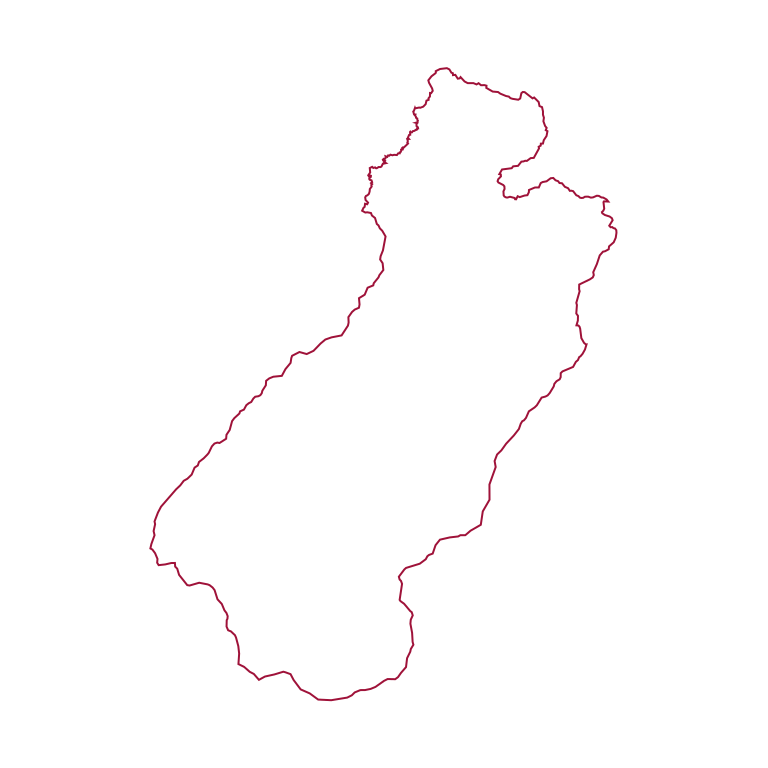 Menkhoaneng, Leribe, Lesotho, rotated 95°
{"feature_id": "5366337B76816657583233", "entity_name": "Menkhoaneng", "entity_type": "district", "adm_level": 2, "iso_a3": "LSO", "parent_name": "Lesotho", "parent_adm1": "Leribe", "projection": "mercator", "projection_center": [28.291, -28.899], "detail": "fine", "context": "isolated", "style": "outline", "palette": "rose", "viewbox_px": 768, "rotation_deg": 95, "n_neighbors": 0, "source": "geoboundaries", "source_scale": "gbopen_adm2", "svg_char_len": 6114}
<svg xmlns="http://www.w3.org/2000/svg" viewBox="0 0 768 768"><g transform="rotate(95 384 384)"><path d="M540.9,600.6L543.6,599.8L550.6,600.7L554.6,599.4L563.7,601.8L568.2,602.4L569.1,600.3L572.5,597.3L578.0,594.4L581.8,594.4L584.1,592.7L582.8,586.2L580.9,580.4L580.5,576.7L584.1,576.1L586.0,573.9L592.0,571.5L601.5,562.5L601.7,560.1L598.1,550.8L599.0,542.2L599.6,540.2L601.7,537.0L604.1,534.8L613.0,531.1L617.3,526.4L623.4,523.2L625.8,521.0L628.9,519.5L631.5,519.5L633.0,520.1L639.4,519.7L642.9,517.8L643.8,514.9L647.2,510.6L649.5,509.3L657.8,506.3L665.2,504.8L675.7,504.6L678.0,498.7L682.4,492.7L684.2,488.4L689.6,482.8L685.8,477.1L682.9,467.9L679.4,459.2L679.8,457.0L681.2,451.8L686.8,448.2L695.5,440.4L698.7,431.0L704.1,422.1L703.6,409.0L699.6,393.3L696.9,388.9L693.8,386.3L691.0,380.9L690.6,376.4L688.9,370.7L686.5,366.1L679.8,358.2L677.6,354.7L677.1,347.1L674.8,344.5L670.3,341.9L664.1,337.4L655.1,337.1L648.4,334.5L645.7,334.2L641.2,332.0L638.5,333.0L629.5,334.3L620.5,336.8L616.5,336.8L612.0,335.2L608.9,336.5L607.9,338.1L601.2,344.8L598.9,348.6L597.7,349.6L581.5,348.6L578.7,349.9L577.4,351.4L574.7,352.4L567.0,347.6L565.3,346.0L559.9,332.7L554.9,327.1L551.8,325.8L550.4,324.3L548.7,320.7L540.1,318.6L534.2,314.7L531.1,305.1L529.4,296.8L528.0,294.8L527.5,289.8L522.6,285.0L515.8,275.3L502.3,274.5L490.1,268.8L474.9,270.2L457.0,265.5L451.1,267.1L444.4,265.2L439.9,261.3L432.8,257.1L424.0,250.2L417.1,245.7L411.6,244.3L409.0,243.0L408.0,241.4L405.4,239.6L398.6,237.3L394.2,231.9L391.9,229.9L383.8,225.8L382.4,222.0L381.1,220.0L378.5,218.1L371.6,214.7L369.0,214.3L366.2,212.4L364.0,209.4L361.8,208.6L357.8,208.9L355.9,207.3L350.5,197.1L345.2,194.8L343.3,192.9L340.2,191.9L339.3,190.7L336.6,188.8L332.1,186.8L326.9,185.7L327.0,186.3L325.6,188.3L321.1,191.4L311.8,193.4L309.9,194.2L308.8,195.4L308.8,197.4L303.9,196.4L299.2,196.7L297.0,198.6L288.5,198.7L286.4,199.5L274.5,197.2L272.6,197.9L267.9,198.2L261.8,188.0L259.6,185.3L257.2,184.5L254.4,185.3L246.0,182.4L237.1,180.3L233.1,177.4L232.5,175.4L230.2,171.9L227.3,171.8L222.8,167.5L218.1,165.9L213.1,165.6L210.5,166.0L208.9,167.5L208.7,169.1L207.8,170.2L208.1,171.9L206.7,173.4L200.9,170.5L199.0,171.4L197.5,173.8L196.4,178.7L194.9,181.4L193.8,181.9L192.2,180.6L190.2,179.9L183.7,181.2L182.9,180.8L182.7,176.5L180.8,178.3L179.2,181.8L179.2,183.7L177.9,186.3L177.9,188.4L179.9,192.1L180.3,194.2L179.6,196.8L179.9,200.1L181.2,201.9L181.5,203.8L181.2,205.2L179.9,206.6L179.2,208.9L175.4,212.4L175.1,214.3L175.4,215.7L172.9,217.7L171.8,221.0L168.5,224.2L168.5,226.7L166.8,228.2L166.1,230.9L164.0,233.3L164.5,235.9L167.9,239.7L169.0,243.6L170.2,245.4L174.7,246.9L175.1,250.8L178.1,256.5L180.3,256.4L183.4,257.6L184.0,260.4L186.0,265.1L185.3,267.2L188.5,268.5L188.5,269.5L187.3,270.1L186.5,274.8L187.5,277.3L187.5,278.6L186.8,280.3L185.7,281.2L181.7,281.8L179.2,280.9L176.6,281.3L175.4,282.5L173.3,287.6L172.1,288.5L170.1,288.1L167.0,285.6L165.1,285.9L164.9,287.4L160.0,285.1L157.9,275.6L155.9,274.3L155.0,269.5L150.5,266.5L150.1,264.4L149.3,262.8L149.3,261.1L146.2,257.6L145.7,254.5L135.8,250.1L134.2,250.6L132.9,248.7L130.9,248.7L130.6,246.6L127.2,246.1L122.8,243.7L117.9,243.2L117.0,245.0L114.7,244.3L112.9,246.0L108.4,248.1L104.8,247.9L101.9,249.1L98.5,249.4L94.4,250.7L93.6,253.3L89.6,254.5L85.5,259.4L86.5,260.9L81.0,269.3L81.0,271.2L82.3,272.5L87.7,273.2L89.1,275.0L88.7,280.9L88.2,283.0L86.8,284.7L86.5,287.5L84.6,293.5L83.2,295.8L83.2,301.2L80.1,307.9L77.9,307.9L77.5,309.9L77.9,313.4L76.1,316.0L77.5,317.9L76.5,321.1L77.0,326.8L75.6,330.1L71.6,334.5L72.9,335.2L73.4,337.1L69.8,339.9L70.3,342.2L68.4,342.5L68.0,344.0L64.9,346.3L63.9,348.9L65.3,355.6L67.8,359.7L69.4,359.5L70.0,359.9L73.3,363.5L77.6,366.3L80.0,365.4L85.4,361.8L87.7,361.0L90.2,362.4L90.1,363.5L93.6,363.3L95.6,364.6L97.0,364.3L98.0,366.4L101.6,366.9L104.3,369.1L105.7,372.1L105.5,373.0L106.7,377.0L106.3,377.2L109.3,378.0L110.0,378.6L112.7,377.6L112.8,376.3L113.6,376.7L114.7,375.6L116.0,375.3L116.6,374.0L118.1,373.8L118.7,373.2L120.4,373.6L121.0,375.2L121.3,373.7L122.1,374.3L124.2,374.1L125.0,373.0L125.7,373.0L125.7,372.5L126.4,372.3L126.6,373.3L127.5,373.2L128.0,373.7L128.0,374.6L129.1,375.6L129.7,377.5L130.8,378.0L131.1,379.2L130.4,379.8L130.7,380.0L133.4,379.6L133.7,380.7L136.6,381.7L137.7,380.5L138.0,382.2L139.9,381.4L141.6,381.8L142.2,381.0L142.6,381.2L146.6,384.8L146.6,385.8L147.3,386.5L148.2,386.4L148.4,385.7L148.8,385.8L149.1,387.4L150.2,387.2L151.4,387.6L151.9,388.5L152.8,388.4L153.0,390.0L154.8,391.1L154.8,393.9L155.4,395.5L155.0,397.6L156.1,398.6L155.9,399.8L157.5,400.5L157.0,402.3L158.1,401.9L159.2,402.3L159.6,403.8L160.6,404.7L161.2,404.4L161.3,402.6L161.6,402.3L162.8,403.3L163.8,401.3L164.8,404.4L167.6,405.5L168.2,406.4L168.3,408.2L169.7,410.1L169.7,410.9L169.0,411.7L169.7,413.5L168.7,414.7L170.1,417.0L174.5,416.2L177.5,417.9L178.3,417.3L177.5,416.0L177.7,415.2L178.9,415.2L180.2,416.5L181.0,416.6L181.8,416.0L182.2,414.2L184.0,413.4L185.0,414.4L185.9,413.2L186.9,414.0L188.4,413.5L191.0,415.1L193.5,415.1L195.9,415.6L197.4,416.9L198.3,418.4L199.7,419.0L202.3,418.4L204.7,415.7L206.4,416.4L206.1,418.6L209.2,418.7L210.3,419.8L213.3,420.9L214.8,417.6L214.4,415.6L214.8,411.9L217.2,410.7L219.4,407.4L225.2,405.1L226.5,403.3L229.3,401.7L231.5,399.1L236.9,395.3L251.0,396.7L257.0,398.5L260.3,398.7L263.8,395.9L270.5,394.6L276.0,398.1L278.3,398.8L284.5,403.0L286.7,403.3L289.5,408.7L296.7,411.0L300.7,416.4L306.9,415.3L310.2,415.6L312.4,419.6L315.0,422.1L320.5,425.3L325.9,424.6L329.0,425.0L339.3,430.5L342.1,440.3L344.8,446.3L349.2,450.7L357.1,457.1L360.9,463.6L359.5,471.0L363.9,478.0L366.3,478.6L371.1,478.9L377.8,483.5L384.8,486.5L386.4,494.9L388.4,498.8L391.1,501.7L395.6,501.6L401.3,504.6L403.9,505.0L405.9,506.2L407.1,508.0L407.9,511.2L409.9,512.9L413.5,514.7L414.9,517.0L417.1,519.3L421.7,521.3L423.8,525.0L426.0,525.5L431.0,530.1L434.2,532.1L443.2,533.7L448.3,536.5L452.3,536.5L457.1,542.7L456.9,545.0L458.1,547.7L461.1,550.0L467.9,552.6L469.7,553.8L473.7,557.1L477.8,561.5L481.4,562.4L483.8,565.4L491.0,567.7L495.5,571.6L497.9,575.1L502.7,578.1L507.0,581.9L525.6,595.4L531.8,598.0L540.9,600.6Z" fill="none" stroke="#9f1239" stroke-width="2"/></g></svg>